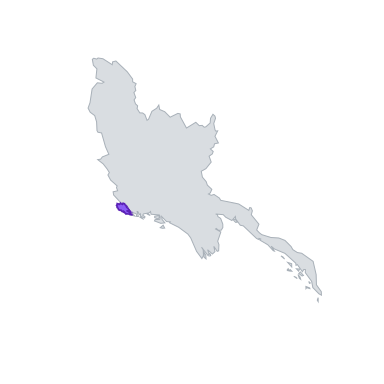 location of Maungdaw, Rakhine, Myanmar, rotated 319°
{"feature_id": "60261553B63127450973926", "entity_name": "Maungdaw", "entity_type": "district", "adm_level": 2, "iso_a3": "MMR", "parent_name": "Myanmar", "parent_adm1": "Rakhine", "projection": "natural_earth1", "projection_center": [92.495, 20.966], "detail": "fine", "context": "in_parent", "style": "filled", "palette": "violet", "viewbox_px": 384, "rotation_deg": 319, "n_neighbors": 0, "source": "geoboundaries", "source_scale": "gbopen_adm2", "svg_char_len": 7247}
<svg xmlns="http://www.w3.org/2000/svg" viewBox="0 0 384 384"><g transform="rotate(319 192 192)"><path d="M244.1,172.3L240.6,170.4L238.0,172.2L234.1,171.5L234.6,175.3L232.4,176.6L228.4,176.2L226.1,182.0L217.9,183.5L212.6,182.4L209.6,187.6L209.5,193.4L208.1,196.9L208.7,203.0L205.2,204.7L203.1,204.3L204.3,207.1L207.0,208.3L208.7,214.6L208.2,217.1L219.4,231.7L222.8,243.1L225.4,241.6L226.2,242.8L225.2,245.8L221.8,248.1L221.4,260.2L215.9,263.1L216.1,267.2L216.7,270.0L221.7,278.1L227.3,283.6L230.4,289.5L231.0,298.1L230.3,301.7L231.8,306.8L234.6,310.2L237.9,323.8L231.5,335.8L225.0,343.7L224.2,352.0L222.0,354.8L221.0,352.1L220.5,343.4L223.7,337.9L224.6,327.2L226.7,324.9L225.6,323.8L223.0,324.6L223.9,315.9L222.4,315.6L223.6,313.8L221.9,299.3L216.9,289.2L216.2,284.8L215.4,290.7L214.8,289.6L214.6,281.6L211.7,272.9L212.0,272.1L213.3,272.9L212.1,270.9L211.0,271.4L210.2,269.2L208.5,251.2L206.6,248.7L207.3,240.9L208.7,238.9L203.4,239.7L200.9,233.2L200.7,229.6L195.4,224.1L196.3,225.8L195.4,227.6L196.3,230.7L194.2,236.4L192.0,239.0L189.1,240.0L186.9,238.4L186.4,235.4L185.5,235.4L187.5,241.1L179.1,246.0L177.8,249.4L173.5,253.9L172.1,253.3L172.8,247.3L170.2,252.1L166.7,252.2L165.9,245.8L164.5,249.5L162.4,250.7L163.0,239.9L162.5,243.0L159.1,247.3L155.8,248.7L156.5,239.8L160.9,225.8L161.3,221.1L158.8,209.9L154.9,200.5L156.0,200.3L153.4,197.6L153.0,190.6L151.4,193.1L151.3,197.5L147.9,195.2L144.7,189.2L146.0,188.6L149.7,191.5L151.7,189.9L152.3,187.9L146.5,181.9L147.9,179.5L146.0,179.6L141.0,176.7L139.6,177.2L140.3,179.8L139.2,180.5L137.3,176.6L138.7,174.7L137.5,174.7L138.3,171.2L137.8,170.7L135.5,175.3L134.2,174.2L135.6,171.9L135.0,170.6L132.9,167.9L133.1,172.7L128.0,165.2L125.0,155.0L127.2,152.4L131.3,155.4L130.9,142.8L132.6,140.1L136.7,142.3L137.9,139.1L139.5,138.3L138.4,129.6L139.7,124.0L142.4,123.1L143.1,118.6L143.4,112.5L142.1,105.7L144.6,107.3L147.4,106.7L154.0,109.0L156.4,101.1L162.5,88.1L160.2,85.2L160.6,83.3L166.0,76.5L168.7,70.5L167.5,65.0L168.6,60.5L173.6,57.7L184.2,48.7L192.2,47.5L195.5,51.0L197.7,51.3L194.3,42.9L201.0,36.7L200.7,31.7L203.8,26.5L205.6,26.6L207.3,29.2L209.0,29.2L212.2,33.0L215.3,43.6L217.5,41.7L220.5,43.2L222.0,58.8L221.3,67.8L219.5,69.9L220.9,73.6L218.1,74.9L216.2,78.5L213.4,78.8L211.5,83.8L208.7,84.5L207.2,88.4L207.5,91.3L205.3,93.0L204.5,98.0L206.6,100.0L207.2,102.7L205.1,108.4L206.9,108.6L214.7,104.8L220.3,105.6L224.0,104.6L221.7,108.5L224.1,113.5L224.6,121.2L232.9,123.4L234.3,125.3L232.5,127.7L229.8,140.1L240.6,141.9L241.0,146.7L243.4,148.4L243.7,151.1L245.2,151.9L251.0,151.8L254.4,148.5L258.8,147.1L259.1,149.8L258.1,151.8L253.3,154.6L250.1,160.3L249.9,161.6L251.5,162.7L245.9,165.0L244.1,172.3ZM148.0,185.8L151.5,188.1L150.8,189.8L148.7,189.9L147.0,186.9L148.0,185.8ZM218.0,307.9L220.2,311.5L218.1,314.0L218.0,307.9ZM147.7,201.3L145.9,200.0L144.6,198.1L148.5,198.1L147.7,201.3ZM221.3,323.4L221.4,328.1L220.0,327.6L219.1,323.6L221.3,323.4ZM161.0,248.7L158.7,251.7L158.3,249.1L161.5,245.4L161.0,248.7ZM206.4,244.5L205.0,243.6L204.8,240.8L205.9,240.0L206.8,241.4L206.4,244.5ZM216.7,329.2L216.4,327.6L217.9,323.8L217.7,327.1L216.7,329.2ZM216.0,338.0L217.9,341.6L217.6,342.3L215.8,339.5L214.6,339.7L216.0,338.0ZM222.6,320.7L220.5,321.7L220.4,318.4L222.6,320.7ZM217.9,354.5L215.3,357.5L215.6,355.8L217.9,354.5ZM136.7,177.1L137.6,181.0L136.0,176.4L136.7,177.1ZM218.0,300.5L217.9,303.4L217.2,298.6L218.0,300.5ZM144.7,179.9L145.0,182.3L143.5,178.8L144.7,179.9ZM215.4,317.3L213.9,315.8L214.4,314.8L215.2,315.0L215.4,317.3ZM214.3,313.0L213.3,315.0L212.4,313.8L213.1,313.0L214.3,313.0ZM214.6,324.7L214.6,326.4L213.5,322.4L214.6,324.7ZM164.6,252.2L163.5,252.1L165.0,250.2L165.1,250.9L164.6,252.2ZM221.6,338.3L220.7,338.0L221.4,336.1L221.6,338.3Z" fill="#d9dde1" stroke="#a8b0b8" stroke-width="1"/><path d="M132.5,155.1L132.1,155.3L131.8,155.3L131.7,155.4L131.7,155.6L131.5,155.8L131.3,155.8L131.2,155.6L131.1,155.3L131.1,155.1L131.0,154.8L130.9,154.5L130.9,154.4L130.8,154.2L130.8,153.8L130.7,153.7L130.8,153.6L130.7,153.5L130.7,153.4L130.5,153.5L130.4,153.5L130.3,153.4L129.9,153.5L129.9,153.8L129.7,153.8L129.4,153.9L129.2,153.6L128.9,153.7L128.7,153.6L128.7,153.2L128.8,152.9L128.7,152.5L128.6,152.4L128.3,152.2L128.0,151.6L127.9,151.7L127.7,151.8L127.4,151.9L127.3,152.3L127.2,152.6L126.9,152.7L126.7,152.7L126.3,152.6L126.3,152.8L126.3,153.1L126.1,153.3L126.1,153.5L126.2,153.8L125.8,153.9L125.6,154.0L125.4,154.3L125.3,154.7L125.5,155.1L125.6,155.5L125.5,155.8L125.6,156.0L125.4,156.3L125.3,156.5L125.0,156.8L124.9,156.9L124.9,157.0L124.9,157.3L125.0,157.4L125.3,157.3L125.4,157.5L125.3,158.0L125.6,158.0L125.8,158.5L126.2,158.8L126.3,159.1L126.3,159.3L126.5,159.4L126.7,159.2L126.9,158.9L127.1,158.8L126.9,159.0L126.7,159.2L126.6,159.4L126.5,159.5L126.4,159.4L126.2,159.4L126.3,159.6L126.3,160.0L126.5,160.6L126.4,160.8L126.4,161.0L126.6,161.2L126.8,161.4L127.0,161.8L127.2,161.7L127.3,161.7L127.4,161.4L127.5,161.1L127.5,160.8L127.5,160.7L127.5,160.8L127.7,161.2L127.7,161.3L127.6,161.2L127.5,161.3L127.4,161.6L127.2,161.8L127.1,162.3L127.2,162.5L127.3,162.7L127.5,162.7L127.8,162.6L128.0,162.5L128.0,162.4L127.8,162.3L127.8,162.2L128.0,162.1L127.9,162.2L128.0,162.4L128.0,162.5L127.9,162.5L127.6,162.6L127.5,162.8L127.3,162.8L127.4,163.2L127.5,163.3L127.6,163.7L127.7,164.0L127.8,163.9L127.7,164.1L127.8,164.2L127.8,164.3L128.0,164.3L128.1,164.5L128.1,164.4L127.9,164.3L127.9,164.6L128.0,164.6L128.1,164.9L128.1,165.2L128.2,165.3L128.3,165.4L128.0,165.5L128.4,165.8L128.6,165.9L129.0,166.2L129.8,167.1L130.0,167.2L130.1,167.5L130.2,167.9L130.2,168.1L130.3,168.4L130.6,168.7L130.8,168.8L131.3,169.5L131.5,169.6L131.6,169.8L131.4,169.6L131.7,169.9L131.8,169.9L132.0,169.6L132.0,169.4L131.9,169.1L131.7,168.7L131.5,168.0L131.4,167.9L131.3,167.7L131.2,167.6L131.3,167.5L131.4,167.4L131.4,167.2L131.5,167.0L131.5,166.9L131.7,167.0L131.8,167.0L131.9,166.9L131.8,166.7L132.1,166.7L132.1,166.8L132.2,166.7L132.3,166.8L132.5,166.9L132.3,166.6L132.1,166.2L131.9,165.9L131.8,165.5L131.7,165.6L131.4,165.8L131.2,165.7L131.0,165.2L131.2,164.9L131.1,164.6L130.9,164.5L130.8,164.4L130.8,164.0L130.7,163.9L130.8,163.7L130.7,163.6L130.5,163.4L130.6,162.9L130.5,163.5L130.8,163.8L130.7,163.9L130.8,164.0L130.9,163.9L131.0,163.8L131.3,163.6L131.4,163.3L131.3,163.5L131.3,163.8L131.2,163.8L130.9,163.8L130.8,164.0L131.0,164.5L131.0,164.9L131.2,165.0L131.2,165.5L131.4,165.8L131.4,165.7L131.6,165.5L131.8,165.5L131.9,165.0L131.9,164.9L132.2,165.0L132.2,164.9L132.3,165.0L132.2,165.1L132.3,165.2L132.2,165.3L132.3,165.3L132.4,165.6L132.5,165.6L132.6,165.8L132.8,166.0L132.9,165.9L132.8,165.7L132.7,165.7L132.6,165.4L132.6,165.2L132.4,165.1L132.4,164.9L132.5,164.9L132.5,165.0L132.6,164.9L132.8,164.7L132.9,164.3L133.0,164.2L132.9,164.0L132.9,163.9L132.9,163.5L132.9,163.3L132.8,163.2L132.9,162.9L132.9,162.7L133.0,162.7L133.2,162.3L133.1,162.2L132.9,162.2L132.8,161.9L132.8,161.3L132.8,161.2L132.6,161.0L132.6,160.8L132.7,160.7L132.7,160.1L132.9,160.1L133.0,160.0L133.3,160.1L133.3,159.9L133.5,160.0L133.5,159.7L133.3,159.1L133.3,158.9L133.2,158.7L133.3,158.6L133.2,158.5L133.3,158.4L133.2,158.2L133.1,157.6L133.2,157.4L133.0,157.2L133.0,156.9L133.1,156.5L133.3,156.4L133.2,156.3L133.2,156.2L133.0,155.9L132.9,155.6L132.7,155.6L132.6,155.2L132.5,155.1Z" fill="#8b5cf6" stroke="#5b21b6" stroke-width="1.5"/></g></svg>